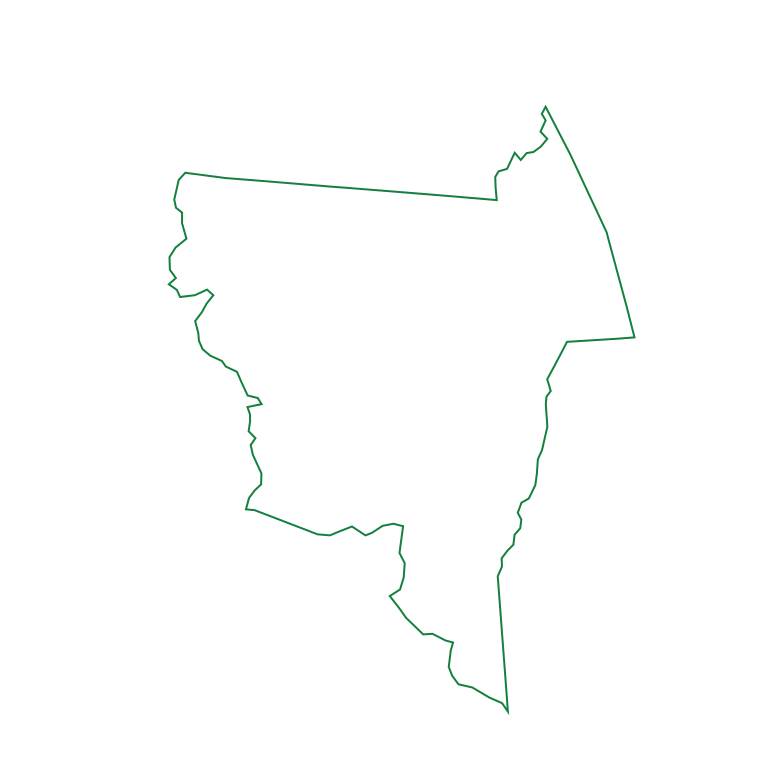 Correntes, Pernambuco, Brazil, rotated 100°
{"feature_id": "56859067B37982637523189", "entity_name": "Correntes", "entity_type": "district", "adm_level": 2, "iso_a3": "BRA", "parent_name": "Brazil", "parent_adm1": "Pernambuco", "projection": "mercator", "projection_center": [-36.322, -9.122], "detail": "fine", "context": "isolated", "style": "outline", "palette": "green", "viewbox_px": 768, "rotation_deg": 100, "n_neighbors": 0, "source": "geoboundaries", "source_scale": "gbopen_adm2", "svg_char_len": 1663}
<svg xmlns="http://www.w3.org/2000/svg" viewBox="0 0 768 768"><g transform="rotate(100 384 384)"><path d="M685.1,205.1L652.0,213.5L553.6,238.6L543.3,236.1L535.3,237.9L526.7,233.5L519.8,228.7L509.8,229.2L502.4,224.8L493.7,225.2L487.6,229.9L477.0,228.0L471.6,221.5L457.2,217.4L445.5,217.9L431.5,219.4L421.5,216.9L397.7,215.7L376.0,221.1L368.4,221.8L361.9,218.6L350.9,224.1L339.0,220.1L323.2,215.0L310.7,211.1L299.0,162.5L294.6,145.4L265.6,158.5L254.9,163.5L202.3,188.2L196.1,191.0L176.9,204.4L125.2,240.7L82.9,273.0L90.6,275.5L96.3,270.6L108.3,273.7L114.2,265.8L122.7,270.6L129.6,277.1L131.8,283.6L139.6,288.2L133.6,295.4L150.8,300.2L154.7,308.1L160.8,310.4L171.6,308.1L183.3,304.9L188.3,360.0L197.5,457.0L199.0,472.1L205.9,546.9L208.7,575.8L210.5,616.4L218.7,621.6L238.8,622.6L246.6,619.4L250.3,612.6L260.7,610.8L275.2,603.8L285.7,612.9L296.2,617.3L308.7,614.7L315.8,607.4L323.2,613.2L327.3,604.3L333.7,599.9L329.4,585.7L321.8,574.7L326.2,567.5L335.5,572.6L344.9,575.8L354.8,580.9L365.9,575.8L373.7,573.7L381.3,568.6L386.3,559.9L389.5,547.6L394.3,542.8L397.5,530.9L406.8,524.8L419.0,516.3L419.7,505.9L425.1,501.1L430.4,514.5L437.2,510.7L443.9,509.4L454.0,509.1L459.7,501.2L467.2,504.7L476.6,500.8L493.3,489.2L504.2,487.6L511.3,492.9L519.6,497.1L531.4,498.2L530.7,489.5L543.6,423.2L542.4,410.9L537.1,402.6L529.9,390.8L536.3,376.0L532.8,370.2L523.9,360.7L520.0,350.5L520.7,340.5L547.7,339.4L556.8,332.5L571.1,331.0L583.6,332.5L591.8,341.5L601.6,330.6L610.5,321.6L623.8,301.9L621.6,292.9L625.9,278.9L626.6,271.1L635.2,272.0L651.4,271.1L659.5,266.2L666.8,258.5L667.5,244.4L674.6,225.5L677.8,212.3L685.1,205.1Z" fill="none" stroke="#15803d" stroke-width="2"/></g></svg>